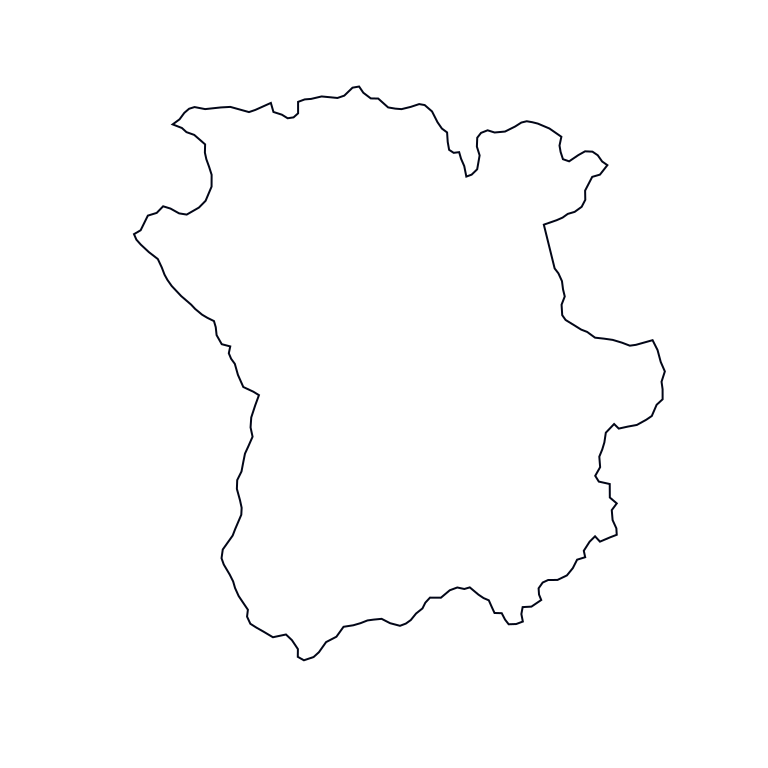 São João da Boa Vista, São Paulo, Brazil, rotated 192°
{"feature_id": "56859067B11847187620015", "entity_name": "São João da Boa Vista", "entity_type": "district", "adm_level": 2, "iso_a3": "BRA", "parent_name": "Brazil", "parent_adm1": "São Paulo", "projection": "natural_earth1", "projection_center": [-46.804, -21.966], "detail": "fine", "context": "isolated", "style": "outline", "palette": "ink", "viewbox_px": 768, "rotation_deg": 192, "n_neighbors": 0, "source": "geoboundaries", "source_scale": "gbopen_adm2", "svg_char_len": 3224}
<svg xmlns="http://www.w3.org/2000/svg" viewBox="0 0 768 768"><g transform="rotate(192 384 384)"><path d="M659.7,478.6L656.2,473.7L650.9,469.8L641.4,464.1L631.2,459.2L625.6,451.8L621.4,445.3L617.5,440.8L612.0,435.7L600.6,427.8L589.1,421.5L584.4,418.2L576.4,414.0L570.5,412.0L563.4,410.2L560.4,404.6L557.9,397.0L551.0,389.2L542.2,388.8L542.2,381.8L538.8,376.9L534.1,372.7L528.8,362.6L521.0,351.8L510.2,349.3L504.0,347.1L505.5,336.6L506.9,323.7L505.5,313.8L501.6,305.1L503.7,295.0L505.5,287.0L505.4,278.1L505.2,268.8L507.6,259.5L506.1,250.8L500.7,240.4L497.5,233.3L496.4,226.4L499.4,211.2L500.5,204.3L507.3,188.6L506.7,179.8L503.2,174.1L495.2,165.4L490.5,159.5L487.3,153.5L482.1,146.4L475.3,139.8L470.2,134.9L469.6,128.0L464.9,121.7L458.2,119.2L449.4,116.4L440.0,113.2L427.8,118.6L420.8,114.3L413.1,106.8L411.6,99.2L404.9,97.1L396.1,102.3L391.9,108.1L387.0,119.5L378.0,126.9L373.1,138.1L363.9,141.6L357.2,145.2L351.0,149.3L345.1,151.4L337.5,153.8L328.3,151.3L318.1,150.8L312.8,154.2L308.7,158.7L304.9,166.2L299.7,172.5L298.1,178.7L294.6,184.6L283.9,186.8L276.8,195.9L270.0,200.2L262.8,200.2L257.8,202.9L247.8,197.6L242.1,195.3L236.5,194.2L232.6,188.8L228.3,183.0L221.2,184.3L216.6,178.7L212.1,174.9L204.8,176.7L198.8,180.5L201.8,187.5L202.0,194.6L193.5,196.9L185.3,205.4L188.6,210.3L190.3,216.3L187.5,222.8L182.7,226.4L173.6,228.4L165.3,234.8L161.0,243.2L158.6,252.3L151.2,256.4L153.9,262.4L150.1,272.5L145.9,278.9L140.0,274.7L131.0,281.0L125.0,284.9L126.7,291.1L132.1,298.4L135.0,308.0L131.5,315.6L139.5,319.9L142.4,333.1L153.6,333.2L158.3,338.1L155.3,347.6L158.3,357.7L156.9,365.4L156.3,372.7L156.9,382.5L150.6,392.7L145.1,389.2L136.5,393.1L128.2,396.5L120.0,403.6L115.4,408.4L113.0,420.4L108.3,427.0L110.4,436.8L113.0,443.9L111.9,454.7L117.9,463.1L123.5,474.1L130.4,482.7L145.7,474.7L151.5,472.6L159.8,473.9L169.5,474.7L178.3,474.1L187.2,473.2L196.2,477.2L202.4,478.2L219.7,484.4L224.0,488.4L226.8,498.5L225.4,507.2L228.6,513.9L231.3,521.6L236.4,528.5L241.1,532.5L260.8,573.1L249.2,580.1L243.9,583.9L239.6,588.6L233.3,592.0L227.5,598.4L225.4,606.0L227.5,615.0L223.4,629.9L216.3,633.7L211.0,644.5L216.9,647.0L222.5,652.2L228.4,654.6L235.7,653.4L241.5,648.3L249.2,640.3L255.7,641.1L259.5,647.7L261.9,653.7L261.9,662.7L275.3,668.3L287.7,670.7L293.3,670.9L299.0,670.7L304.0,668.3L309.3,663.1L318.1,656.1L328.1,653.0L335.4,653.7L341.3,649.8L344.0,644.3L342.5,635.5L338.0,627.5L337.5,613.4L341.8,607.0L346.6,604.0L350.8,613.8L355.5,620.4L358.7,626.4L363.9,624.6L369.0,626.6L372.0,634.0L374.6,643.2L380.5,645.9L386.1,651.2L393.7,660.6L402.2,665.3L407.8,665.1L415.5,660.6L424.0,656.5L430.2,655.7L437.5,655.4L449.0,662.0L456.3,660.6L464.8,664.6L470.2,669.8L476.4,667.3L482.8,657.8L489.0,654.1L496.1,653.3L504.8,652.3L514.6,647.7L520.7,645.9L526.7,642.1L524.3,630.9L527.9,626.0L533.5,623.9L539.9,626.2L548.7,627.1L553.1,635.4L566.9,625.3L572.6,621.9L591.9,623.1L601.1,620.6L616.1,615.7L626.9,615.5L631.9,612.7L635.7,607.7L639.0,600.4L644.7,594.0L634.9,592.4L629.6,589.3L621.4,588.2L608.8,581.2L607.3,573.1L604.5,566.9L600.2,560.0L596.1,552.8L593.7,541.2L596.6,526.1L601.7,518.1L612.2,508.7L619.9,508.3L629.3,511.2L637.0,511.9L641.9,504.1L650.0,499.6L654.0,483.8L659.7,478.6Z" fill="none" stroke="#020617" stroke-width="2"/></g></svg>